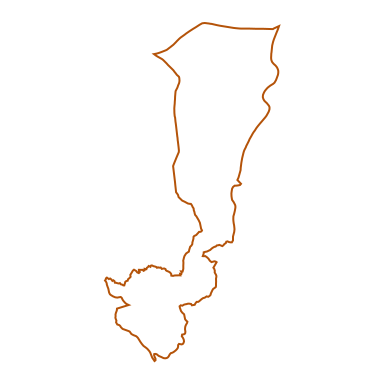 Vale de São Domingos, Mato Grosso, Brazil
{"feature_id": "56859067B20477849256600", "entity_name": "Vale de São Domingos", "entity_type": "district", "adm_level": 2, "iso_a3": "BRA", "parent_name": "Brazil", "parent_adm1": "Mato Grosso", "projection": "orthographic", "projection_center": [-58.989, -15.026], "detail": "fine", "context": "isolated", "style": "outline", "palette": "amber", "viewbox_px": 384, "rotation_deg": 0, "n_neighbors": 0, "source": "geoboundaries", "source_scale": "gbopen_adm2", "svg_char_len": 6031}
<svg xmlns="http://www.w3.org/2000/svg" viewBox="0 0 384 384"><path d="M279.0,26.1L274.0,28.4L272.9,29.1L262.9,28.8L256.2,28.8L249.0,28.6L241.0,28.6L239.3,28.5L236.0,28.2L233.4,27.9L219.8,25.7L216.8,25.1L211.6,23.9L210.5,23.8L208.9,23.5L207.2,23.3L205.8,23.1L204.6,23.0L202.2,23.3L199.7,24.7L195.7,27.3L193.2,28.8L189.5,31.2L186.3,33.4L184.5,34.8L180.7,37.5L179.2,38.8L176.8,41.2L175.8,42.3L174.1,44.0L173.3,44.8L167.0,49.7L165.8,50.3L162.0,51.8L159.3,52.8L157.0,53.5L155.1,53.9L154.0,54.1L156.0,55.6L157.6,56.6L161.9,59.0L163.2,60.0L165.4,62.2L166.6,63.4L168.0,65.0L171.9,68.8L173.4,70.3L174.4,71.7L175.7,73.3L176.8,74.8L178.9,76.7L179.3,78.0L179.5,80.8L179.3,82.2L179.0,83.4L178.2,85.2L177.4,87.6L175.6,91.1L175.4,93.1L175.1,96.6L175.0,99.2L174.9,100.5L174.8,101.7L174.7,103.8L174.5,105.7L174.3,108.3L174.4,113.0L174.7,116.2L175.1,117.6L175.5,121.8L175.7,123.0L176.0,125.3L177.3,136.6L177.5,137.7L177.7,140.2L177.9,141.5L178.6,147.4L178.9,150.4L178.8,152.1L176.5,157.5L173.9,163.9L173.1,166.1L175.0,182.0L175.3,185.1L176.1,192.3L177.2,193.7L178.0,194.9L178.3,196.0L178.6,197.1L182.2,200.6L184.6,201.7L187.9,203.5L189.4,203.8L190.9,203.9L191.9,205.3L192.7,207.1L193.6,208.4L193.8,210.3L194.4,211.9L194.7,213.5L195.2,215.0L196.3,216.2L198.6,220.1L199.9,222.8L200.7,226.7L201.1,228.7L202.0,230.4L201.4,231.4L200.1,231.9L199.0,231.9L198.1,233.0L197.3,233.8L196.4,234.9L195.3,235.5L194.3,235.9L193.5,236.9L193.5,238.1L193.3,239.2L192.9,240.7L192.4,242.4L192.3,244.1L191.4,245.6L190.2,246.7L189.8,248.0L189.4,249.2L189.1,250.4L188.9,251.6L187.8,252.3L186.1,253.5L185.2,254.9L184.4,256.2L183.9,257.9L183.2,260.8L183.4,262.0L183.4,263.6L183.3,265.5L183.3,268.9L182.6,271.5L181.1,271.4L181.7,272.4L181.3,274.0L180.1,273.8L180.4,275.4L178.7,275.3L177.3,275.4L175.8,275.4L174.5,275.5L173.0,275.9L171.3,275.6L171.2,274.0L170.2,272.6L168.6,271.6L167.0,271.0L165.9,270.3L165.5,269.1L164.3,268.5L163.0,268.6L161.8,268.9L160.7,267.5L159.1,267.7L158.0,267.3L157.0,267.8L156.1,266.9L154.9,266.5L153.5,266.2L151.9,265.4L150.8,265.7L150.4,266.8L148.7,266.0L148.0,267.0L146.9,267.8L146.4,269.2L144.6,268.8L144.6,270.3L143.5,270.8L142.7,269.8L141.4,269.9L138.9,269.8L138.9,271.1L139.8,272.0L138.8,273.1L137.2,272.4L136.2,271.0L134.0,269.7L132.9,270.6L131.3,273.3L130.3,274.9L130.6,276.8L129.4,278.1L128.0,279.3L127.7,280.7L126.2,281.1L125.2,282.0L125.0,283.1L124.6,284.2L124.3,285.4L123.3,285.4L122.4,284.7L120.8,284.3L119.9,283.1L118.8,283.5L117.4,283.2L116.2,282.8L114.9,282.7L114.5,281.2L113.4,280.3L112.4,280.9L111.4,279.5L110.1,278.5L108.9,279.1L106.9,277.6L105.9,278.4L105.8,279.5L105.0,280.5L106.1,281.9L106.7,283.3L106.8,284.5L107.7,287.1L108.3,288.6L109.1,292.5L109.9,294.2L110.8,295.0L113.1,296.4L115.2,297.3L117.3,297.6L118.8,297.3L120.7,297.0L121.7,297.8L122.6,299.7L123.5,301.0L125.3,303.0L126.4,303.9L128.7,305.0L117.0,308.6L116.8,310.5L115.9,312.9L115.5,314.6L115.6,316.1L115.4,317.8L115.8,319.1L116.4,320.6L116.1,322.4L117.3,324.5L118.3,324.8L119.4,325.2L120.3,326.1L120.9,327.2L122.6,328.9L128.7,331.1L129.7,331.6L131.4,334.0L133.4,335.1L134.9,335.7L136.0,336.1L137.0,336.9L138.0,338.0L139.6,340.6L140.4,341.9L141.9,344.0L143.5,345.9L146.1,347.8L147.4,348.9L149.3,351.1L150.2,352.5L152.2,357.6L154.5,361.0L155.5,360.2L155.5,358.7L154.7,357.0L154.1,355.2L154.2,354.1L155.2,353.9L156.6,354.2L157.7,355.1L158.7,355.9L161.5,357.1L163.1,357.9L164.0,358.2L165.4,358.3L166.8,358.0L167.8,357.4L168.6,356.5L169.8,354.3L170.9,353.1L172.1,352.8L173.5,352.1L175.6,350.5L176.8,349.3L177.7,348.1L178.1,346.7L178.1,345.1L179.0,343.9L180.5,344.2L181.8,344.4L183.1,343.7L183.6,342.7L184.0,341.5L183.8,339.9L183.3,338.6L182.8,337.6L181.8,336.3L182.1,334.6L183.9,334.3L185.1,333.5L185.4,331.8L185.0,329.2L185.2,327.0L185.7,325.4L186.3,324.3L187.1,322.9L187.4,321.7L185.9,320.3L185.1,319.2L184.1,314.3L182.3,312.7L181.0,311.0L180.4,309.2L179.9,307.8L179.6,306.3L180.8,305.3L182.3,305.7L184.1,304.6L185.4,304.3L186.5,304.1L187.9,303.7L189.4,303.7L191.1,304.0L191.9,305.3L194.7,304.8L195.4,303.4L196.6,301.9L198.1,301.9L199.1,301.3L201.5,299.2L203.1,298.1L204.7,297.7L206.6,296.4L208.2,296.8L209.5,296.0L210.6,294.8L210.8,293.6L211.6,291.9L212.6,289.8L213.3,288.8L214.6,288.0L215.8,287.0L216.0,285.8L216.0,283.6L216.1,281.5L216.0,278.7L216.3,277.2L216.4,276.0L216.0,274.8L214.7,272.5L214.8,270.7L214.2,268.8L213.4,267.7L216.6,262.2L215.7,261.6L214.4,261.3L211.5,262.1L209.8,260.7L208.5,258.7L206.9,257.2L205.3,256.1L203.9,256.2L202.8,256.1L203.7,253.5L203.7,252.3L205.0,251.9L207.0,251.5L210.3,249.9L211.2,249.0L212.4,248.0L213.4,247.4L214.5,246.8L215.6,246.6L216.9,245.4L218.1,245.3L219.3,244.9L220.9,245.5L222.3,246.1L223.4,245.3L224.4,244.0L225.8,243.1L226.3,241.7L227.6,241.4L228.8,242.0L230.2,242.3L231.9,242.3L233.0,240.4L233.0,237.8L233.0,236.6L233.6,234.2L234.2,232.0L234.5,229.2L234.3,227.1L234.1,225.3L233.7,223.3L233.4,220.9L233.3,219.1L233.4,216.3L234.1,213.9L234.8,211.0L235.1,209.3L235.4,207.7L235.4,206.1L235.1,204.9L234.4,203.5L233.6,202.0L232.1,199.9L231.8,198.3L231.5,196.2L231.4,193.4L231.7,191.1L232.1,188.7L233.1,186.9L234.6,185.7L235.8,185.7L238.2,185.4L240.0,185.0L241.0,183.8L237.4,180.0L238.5,177.6L238.9,176.2L239.4,174.4L239.7,173.3L240.1,171.9L240.6,170.0L240.7,168.0L240.9,166.4L241.1,164.8L241.3,163.1L241.8,160.2L242.2,158.0L243.5,152.7L243.9,151.3L244.5,149.8L245.8,147.3L246.3,145.9L247.0,144.6L248.9,140.8L249.5,139.3L250.7,137.2L251.5,135.8L252.2,134.5L253.0,133.1L254.0,131.6L254.8,130.6L256.3,128.2L257.8,126.2L260.1,123.4L261.4,121.9L265.3,117.3L266.5,115.7L267.5,113.9L268.5,112.1L269.0,110.9L269.5,109.1L269.5,107.1L268.9,105.7L268.0,104.6L266.9,103.2L265.7,102.1L264.3,100.7L263.4,99.1L262.8,97.1L263.0,94.9L263.9,92.7L264.6,91.4L265.3,90.4L266.9,88.5L268.0,87.4L270.3,85.6L271.6,84.8L273.1,83.9L274.5,82.7L276.0,80.1L276.8,78.0L277.9,75.0L278.2,73.5L278.3,71.9L278.2,70.5L277.8,69.2L277.0,67.4L275.5,65.5L274.0,64.2L272.9,63.0L272.0,61.8L271.3,59.8L271.1,58.0L271.3,53.5L271.5,52.4L272.2,45.5L273.1,41.8L273.9,39.3L275.6,35.0L276.5,32.7L277.8,29.6L279.0,26.1Z" fill="none" stroke="#b45309" stroke-width="2"/></svg>